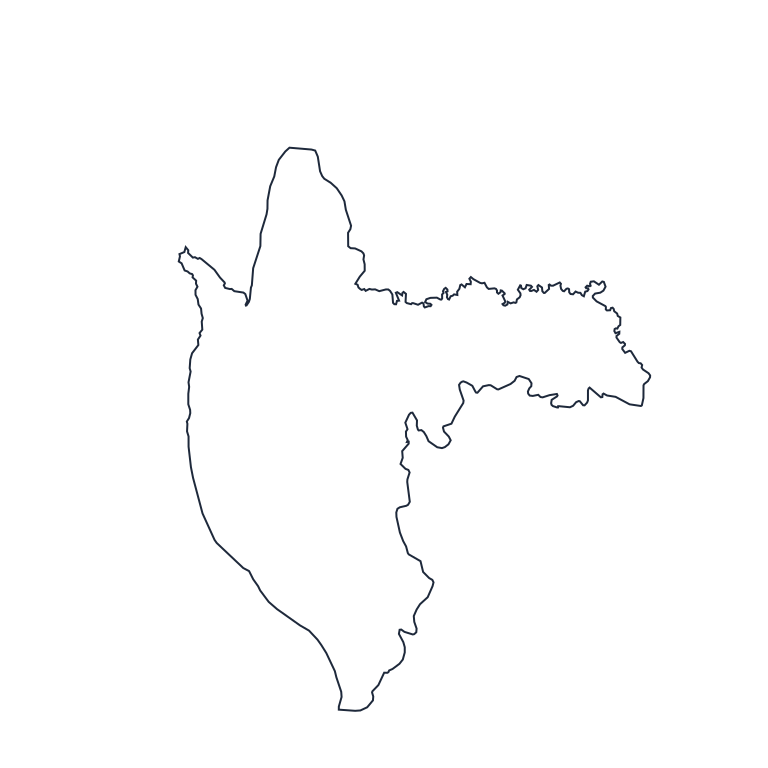 Melgar, Tolima, Colombia, rotated 142°
{"feature_id": "7082276B7628947847785", "entity_name": "Melgar", "entity_type": "district", "adm_level": 2, "iso_a3": "COL", "parent_name": "Colombia", "parent_adm1": "Tolima", "projection": "natural_earth1", "projection_center": [-74.673, 4.184], "detail": "fine", "context": "isolated", "style": "outline", "palette": "slate", "viewbox_px": 768, "rotation_deg": 142, "n_neighbors": 0, "source": "geoboundaries", "source_scale": "gbopen_adm2", "svg_char_len": 6154}
<svg xmlns="http://www.w3.org/2000/svg" viewBox="0 0 768 768"><g transform="rotate(142 384 384)"><path d="M203.0,216.8L195.1,208.5L194.0,208.4L188.2,213.2L180.3,223.2L179.0,223.8L174.3,223.8L170.2,225.5L169.0,226.9L168.9,229.6L171.0,236.0L170.9,238.4L168.9,240.0L169.0,242.3L170.3,243.6L170.5,245.5L169.2,257.7L170.2,259.1L174.8,260.1L174.7,264.9L173.6,266.1L170.4,266.2L169.4,267.2L169.7,269.8L172.0,270.5L172.5,271.8L172.2,277.5L171.2,278.7L167.7,278.7L166.4,280.2L170.3,281.5L169.9,283.9L168.4,285.3L167.0,285.1L166.0,284.0L163.7,285.1L161.5,285.1L156.8,290.9L157.9,293.7L156.9,296.0L157.8,299.6L156.8,301.7L156.9,303.4L158.4,304.1L160.4,302.9L163.0,304.7L163.3,306.2L161.7,308.1L161.6,309.1L165.6,318.2L166.2,323.5L165.3,324.8L162.0,325.3L157.3,322.8L153.6,322.5L149.5,324.3L147.9,329.1L148.9,330.4L153.5,329.9L155.4,335.7L158.1,337.3L160.0,336.1L160.7,334.2L161.6,334.3L163.4,336.4L165.6,336.1L165.7,334.9L164.3,333.8L164.6,332.6L166.5,332.0L168.6,332.9L172.5,330.1L173.4,332.2L173.1,334.9L174.9,336.5L176.1,338.9L179.8,338.3L181.6,340.1L181.6,342.2L179.8,344.8L180.3,346.1L181.6,346.7L185.0,346.2L185.8,347.3L185.9,349.9L184.4,352.9L182.9,354.0L183.0,355.8L190.3,357.4L191.9,358.7L192.3,360.5L193.2,360.6L195.4,357.3L201.3,356.8L202.0,357.4L202.1,359.6L200.1,362.8L201.4,366.9L203.0,366.6L204.6,363.2L207.0,362.8L207.9,365.8L210.9,366.7L211.7,367.6L211.5,368.9L207.6,369.4L207.7,371.0L210.6,374.2L213.5,372.3L215.9,372.9L216.7,375.0L215.5,377.2L215.9,377.9L220.5,375.9L220.7,371.5L221.7,369.9L223.7,368.8L227.2,368.8L229.5,366.8L230.5,367.0L231.6,368.5L234.6,369.6L235.9,372.6L237.8,370.7L240.3,371.1L241.4,372.5L241.4,374.0L238.8,373.7L237.6,374.4L236.1,380.8L233.6,380.6L233.1,381.1L233.6,385.0L234.4,385.9L235.7,384.6L238.3,384.7L238.6,386.6L237.4,388.1L237.2,390.0L238.1,391.4L243.0,394.5L243.4,396.8L242.5,401.9L244.8,403.0L246.0,404.5L249.0,411.6L249.7,414.8L251.9,414.4L252.6,411.1L254.3,409.3L257.4,412.0L260.7,410.4L261.6,414.7L263.0,415.0L266.0,412.6L269.5,411.7L271.4,409.0L273.6,411.5L275.6,411.3L277.4,412.1L280.7,410.5L281.3,411.5L281.0,413.6L279.2,415.4L278.5,418.4L276.9,417.9L275.9,419.4L276.2,421.8L278.0,421.9L280.4,420.8L281.0,419.1L283.1,418.8L285.5,415.6L286.7,415.2L287.6,415.9L289.2,419.5L294.4,423.3L298.4,424.7L301.1,423.3L300.2,420.6L298.1,418.7L297.9,417.1L299.4,416.6L300.9,417.9L304.7,419.2L304.8,420.6L303.3,423.2L303.9,424.7L308.4,425.5L311.2,429.7L312.0,430.4L313.5,430.2L316.2,433.7L316.5,435.4L311.2,441.5L311.9,444.5L313.4,444.4L315.2,442.7L317.0,448.2L318.5,448.6L320.8,440.4L322.6,441.5L325.4,439.4L326.7,440.5L326.9,442.4L322.3,449.4L321.9,453.6L322.4,455.8L324.2,457.3L330.6,460.1L332.7,464.0L335.4,465.9L337.0,467.9L341.1,468.7L341.1,471.0L343.7,471.9L344.3,473.6L344.7,475.8L343.7,478.5L344.9,480.6L337.0,483.5L329.5,485.1L325.5,490.3L323.5,494.8L320.5,497.6L319.8,499.6L320.1,502.4L323.3,508.6L326.7,511.6L327.4,514.6L319.2,525.3L315.2,526.7L312.5,529.0L306.8,544.8L302.7,552.3L301.3,558.6L300.7,567.4L302.1,575.3L304.7,582.5L304.7,585.9L303.4,591.0L296.2,603.9L294.5,610.3L296.8,613.4L313.0,628.4L318.6,628.0L328.9,625.4L335.6,621.3L342.7,615.1L351.9,609.9L362.7,600.4L368.0,593.8L372.1,590.0L388.8,578.3L396.5,568.8L415.8,555.8L427.4,543.1L429.5,541.9L437.4,533.6L439.9,531.9L443.9,530.6L444.5,530.8L444.2,531.7L440.2,533.7L437.9,540.3L438.5,542.6L444.8,549.3L445.5,552.7L447.0,553.7L450.0,557.5L449.5,560.4L447.5,561.2L447.1,562.2L447.7,568.9L447.3,578.4L450.9,594.8L451.7,596.8L453.6,597.2L454.9,600.3L456.8,601.3L457.7,607.9L455.9,609.9L456.0,613.9L460.1,610.9L465.2,612.3L466.2,610.2L470.3,606.9L469.2,603.7L471.2,596.2L469.5,593.6L469.0,590.8L467.5,588.7L467.7,587.2L469.2,585.9L468.4,581.1L470.4,578.8L471.1,575.5L474.8,574.0L477.6,570.3L478.5,565.6L481.3,560.8L481.7,556.1L484.5,551.7L486.2,547.5L489.2,545.4L493.7,538.7L498.0,537.7L498.8,535.1L503.3,533.6L506.3,529.0L516.3,526.4L521.5,522.6L527.4,516.1L528.7,512.9L537.0,505.7L539.3,501.7L544.2,496.8L550.7,488.5L552.7,483.0L554.6,480.3L558.6,477.2L562.5,475.8L563.4,473.7L568.4,467.9L570.3,463.0L576.6,454.9L587.3,437.4L592.2,427.7L606.7,393.7L613.5,365.5L613.7,361.7L608.2,325.6L605.5,319.6L607.3,310.6L607.7,302.1L608.7,297.5L609.0,283.3L606.9,272.5L598.8,245.5L594.9,235.8L593.8,223.4L594.1,217.0L595.1,207.5L599.5,188.0L602.1,182.2L607.2,167.8L610.1,163.5L618.2,157.6L620.1,155.2L607.9,144.2L603.6,141.3L596.3,139.6L587.5,141.5L584.9,144.3L583.3,148.3L582.3,149.0L573.8,150.2L561.6,156.4L559.2,154.4L558.0,154.2L556.3,155.1L552.8,154.2L544.1,154.0L538.8,155.3L532.9,159.7L529.7,163.8L527.7,168.7L526.1,177.9L523.0,180.7L521.6,179.9L520.5,176.1L515.5,168.9L514.2,168.3L511.4,168.5L508.9,171.2L506.6,177.9L503.4,182.8L497.1,186.2L491.2,188.3L480.8,189.1L470.2,194.8L467.1,197.2L466.5,199.9L467.9,203.3L468.9,211.8L464.3,221.9L469.4,234.5L469.3,236.1L466.6,242.4L465.6,248.4L462.9,257.2L456.0,271.6L453.4,275.2L450.2,277.4L447.4,277.1L441.4,274.3L439.4,274.0L436.2,275.3L426.0,292.5L424.3,294.4L418.3,298.5L417.7,301.3L419.3,303.9L420.2,310.8L414.7,314.3L411.0,319.9L401.3,321.8L400.1,323.3L401.6,324.2L399.9,325.1L399.0,328.9L396.0,333.0L393.3,333.9L391.0,340.4L383.2,344.4L380.7,344.8L379.2,343.9L380.4,335.0L383.8,331.0L385.3,327.3L385.3,326.1L382.9,324.6L382.2,321.6L382.7,316.9L384.1,311.5L381.0,301.4L377.8,297.8L374.9,296.8L370.3,296.8L366.1,298.6L365.3,302.7L366.0,309.6L364.4,313.3L363.2,314.0L355.3,311.2L348.3,314.7L333.3,320.2L331.5,321.9L327.7,333.0L325.4,337.1L322.8,337.9L320.9,337.7L319.8,337.2L318.0,334.3L315.5,328.2L316.7,321.6L316.7,320.5L315.7,319.6L307.4,321.2L302.1,318.6L300.7,317.3L298.1,310.2L297.2,309.3L284.3,306.1L279.1,306.1L275.2,307.9L272.3,306.9L266.9,298.8L267.3,293.8L269.3,291.6L272.2,291.1L275.2,289.5L276.3,287.7L276.3,285.2L274.1,283.0L269.1,280.5L268.7,277.4L267.2,275.8L260.4,273.3L253.9,269.7L254.3,268.1L255.3,267.7L261.6,268.3L264.1,266.0L264.8,264.4L264.5,262.6L262.0,258.9L261.3,258.4L260.5,259.3L259.9,258.9L251.8,251.2L248.4,250.4L243.8,251.4L241.0,250.7L240.3,249.9L240.2,244.7L239.1,243.7L235.4,244.3L233.4,245.5L227.2,253.4L225.5,254.5L224.2,254.6L221.3,240.0L220.0,239.3L218.1,241.3L216.9,241.3L215.3,237.6L209.4,231.3L203.0,216.8Z" fill="none" stroke="#1e293b" stroke-width="2"/></g></svg>